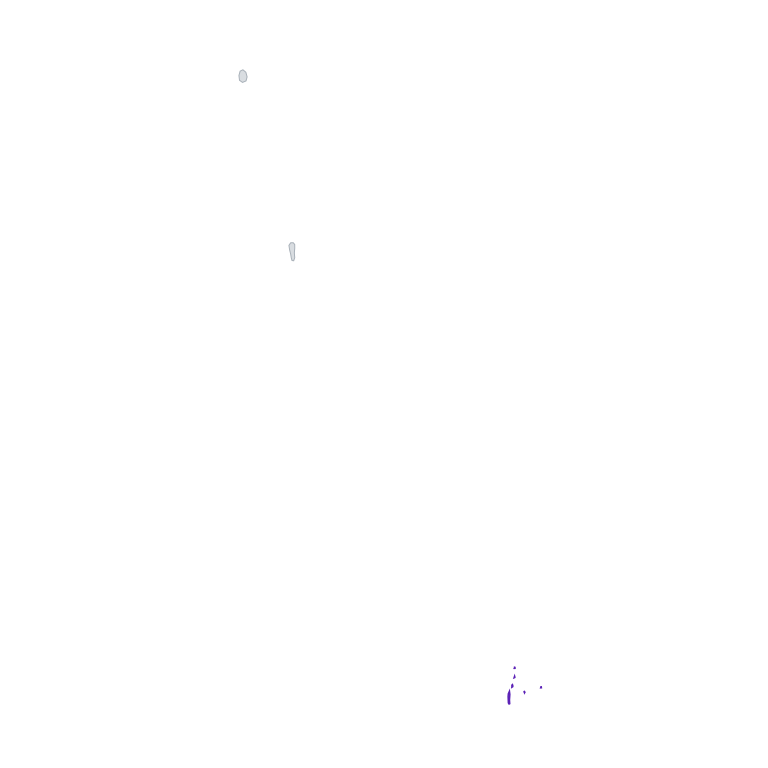 Haa Dhaalu on a map of Maldives (Equal Earth projection), rotated 160°
{"feature_id": "MDV-5224", "entity_name": "Haa Dhaalu", "entity_type": "Atoll", "adm_level": 1, "iso_a3": "MDV", "parent_name": "Maldives", "parent_adm1": "", "projection": "equal_earth", "projection_center": [72.994, 6.597], "detail": "coarse", "context": "in_parent", "style": "filled", "palette": "violet", "viewbox_px": 768, "rotation_deg": 160, "n_neighbors": 0, "source": "natural_earth", "source_scale": "10m", "svg_char_len": 1042}
<svg xmlns="http://www.w3.org/2000/svg" viewBox="0 0 768 768"><g transform="rotate(160 384 384)"><path d="M425.9,546.8L423.4,548.6L421.0,547.8L420.2,545.6L421.4,542.2L423.4,537.9L424.7,533.2L426.7,530.7L428.2,531.5L428.0,534.2L427.3,537.8L426.8,542.4L425.9,546.8ZM412.2,727.2L409.1,727.5L407.2,724.2L407.6,719.4L410.0,716.0L413.8,715.8L415.9,718.8L414.8,723.5L412.2,727.2Z" fill="#d9dde1" stroke="#a8b0b8" stroke-width="1"/><path d="M375.2,40.6L375.9,40.5L376.1,40.7L376.1,41.2L376.2,41.8L374.3,47.8L373.1,50.4L371.2,52.4L371.9,49.3L374.2,44.1L375.2,40.6ZM367.6,55.3L367.2,56.1L367.0,56.8L366.8,57.3L366.1,57.6L366.2,56.1L366.6,55.5L367.6,55.3ZM362.3,63.4L361.2,64.8L361.3,63.6L361.6,63.4L362.3,63.4ZM358.8,72.3L358.5,72.6L358.2,73.2L357.9,73.0L358.0,72.1L358.3,72.0L358.5,72.2L358.8,72.3ZM357.6,45.7L357.6,46.2L357.7,46.6L357.7,46.9L357.3,47.1L357.0,46.3L357.1,46.0L357.4,45.9L357.6,45.7ZM340.7,44.9L340.4,45.2L340.3,45.6L340.1,45.8L339.8,45.7L340.0,44.7L340.5,44.8L340.7,44.9Z" fill="#8b5cf6" stroke="#5b21b6" stroke-width="1.5"/></g></svg>